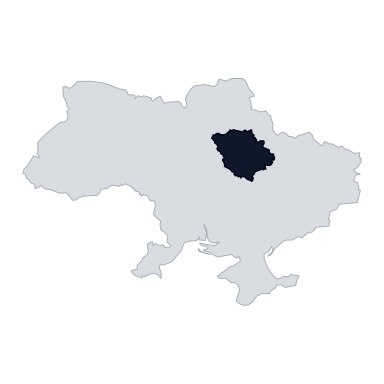 Ukraine, with Poltava highlighted
{"feature_id": "UKR-330", "entity_name": "Poltava", "entity_type": "Region", "adm_level": 1, "iso_a3": "UKR", "parent_name": "Ukraine", "parent_adm1": "", "projection": "albers", "projection_center": [33.89, 49.646], "detail": "fine", "context": "in_parent", "style": "filled", "palette": "ink", "viewbox_px": 384, "rotation_deg": 0, "n_neighbors": 0, "source": "natural_earth", "source_scale": "10m", "svg_char_len": 9059}
<svg xmlns="http://www.w3.org/2000/svg" viewBox="0 0 384 384"><path d="M267.8,268.0L272.6,275.1L276.7,278.8L278.7,278.9L284.2,276.2L287.8,276.9L290.9,274.5L299.1,275.9L296.7,280.6L295.7,285.4L285.2,287.4L281.2,284.8L277.1,285.0L274.9,288.4L270.8,290.8L269.5,293.5L261.9,293.5L256.9,296.0L253.1,301.2L248.9,304.5L245.5,305.5L240.3,304.2L236.1,300.8L239.5,290.7L238.3,285.3L235.1,282.7L230.9,282.5L225.6,278.1L219.4,278.5L217.3,276.3L230.2,266.7L232.9,266.2L240.6,261.1L239.2,256.8L236.0,257.9L231.5,254.5L217.1,257.0L208.4,251.7L204.4,251.0L203.4,249.8L207.6,248.7L208.0,246.9L202.3,245.5L199.2,243.1L215.0,245.8L219.3,241.8L214.9,243.2L210.5,242.2L208.9,240.8L207.0,236.7L207.1,231.1L205.2,226.1L203.7,224.4L206.5,232.7L205.5,240.5L198.8,239.9L199.6,236.7L196.3,240.9L191.1,240.8L184.3,242.6L181.2,250.6L172.0,261.6L163.9,265.0L161.2,264.2L160.0,265.1L159.3,268.6L160.5,270.3L161.4,276.0L160.8,278.3L158.2,275.0L155.0,273.5L151.4,273.7L144.5,276.5L142.3,275.8L142.4,277.4L141.8,277.9L135.6,275.8L133.1,274.1L131.2,271.0L133.3,269.7L137.1,269.5L137.2,265.3L142.3,260.3L142.7,257.9L147.0,255.0L148.4,251.4L147.3,246.0L148.0,243.3L152.6,241.8L152.7,245.9L153.7,245.6L154.8,243.5L160.8,245.8L162.7,244.5L165.1,247.5L169.9,246.9L171.0,245.7L167.1,242.2L167.8,236.9L166.7,233.9L160.9,229.7L160.0,224.9L160.8,220.9L157.9,219.1L153.3,214.2L155.3,206.2L155.2,203.1L154.0,200.7L150.1,200.8L147.6,195.8L143.0,194.6L141.6,196.2L141.0,194.6L139.4,194.5L139.7,192.6L138.7,191.8L134.9,190.9L134.1,189.0L130.2,186.0L125.2,183.8L122.3,185.4L121.1,184.8L118.9,186.3L111.7,185.2L107.0,188.4L100.9,189.4L100.1,192.0L97.6,195.2L84.1,196.1L78.2,197.9L76.1,199.9L72.6,200.3L67.3,193.5L65.6,192.8L59.6,193.2L50.3,189.5L45.3,188.9L40.6,185.4L38.7,187.5L35.1,188.6L35.1,186.3L33.7,183.7L30.3,182.5L29.5,180.3L26.5,178.4L25.3,173.9L23.0,173.6L24.0,169.0L27.3,166.1L33.5,155.9L39.0,157.7L39.3,156.5L37.0,153.6L38.1,150.2L37.6,143.0L38.9,141.3L46.1,133.9L60.3,122.1L65.1,121.8L67.7,118.7L68.1,116.2L66.6,111.2L69.1,109.8L69.1,109.0L67.3,106.8L65.9,101.3L63.0,95.6L63.6,93.2L62.8,89.6L63.2,87.0L66.5,86.7L69.2,88.5L72.5,86.7L77.4,81.5L90.0,81.2L104.9,83.3L119.4,88.9L125.9,90.0L128.2,94.7L133.6,95.0L135.1,96.0L135.1,98.7L138.1,95.7L140.8,96.8L143.9,95.7L151.2,98.1L151.9,100.6L153.3,101.3L155.6,98.4L160.2,96.2L164.1,103.5L167.9,102.2L178.8,101.6L181.3,103.9L181.6,106.1L185.3,108.0L187.0,105.5L185.5,98.5L186.6,95.9L189.8,90.2L194.0,86.0L204.5,84.6L214.0,86.5L216.9,84.8L218.4,80.3L219.7,79.3L226.1,81.0L232.2,78.5L242.4,78.5L245.7,81.1L249.0,88.9L254.1,94.5L253.8,96.4L249.2,97.5L249.1,98.4L250.6,101.0L251.2,106.5L252.0,107.1L250.9,109.6L255.9,110.0L259.8,111.9L266.1,110.9L267.9,114.9L270.7,115.4L270.8,118.0L273.1,124.3L272.3,127.7L272.7,129.7L276.1,134.5L277.6,135.2L281.5,132.4L285.6,133.1L289.2,136.7L292.7,136.6L295.0,138.5L297.5,136.1L309.4,132.2L312.5,135.4L313.0,137.6L314.9,140.5L321.5,145.6L323.3,144.9L323.7,142.5L325.2,141.6L328.9,143.9L332.5,144.0L337.7,147.3L342.3,146.1L344.9,149.2L347.9,149.4L354.1,153.4L359.6,152.8L359.5,157.0L361.0,158.6L360.9,162.0L357.3,167.7L353.6,169.6L355.1,172.1L359.6,173.6L360.0,174.4L356.0,175.1L354.5,177.2L353.7,181.5L357.4,182.6L358.9,187.7L358.2,189.4L360.4,190.2L357.1,202.6L339.6,204.1L336.5,209.2L331.4,211.1L329.9,212.6L328.6,219.5L330.2,220.7L328.8,223.7L329.2,226.1L316.2,227.2L312.5,231.9L306.8,233.3L302.1,238.1L299.9,236.8L297.4,236.9L292.0,240.1L287.0,240.0L283.2,241.3L274.9,248.4L271.2,254.6L267.4,256.4L272.6,251.4L272.8,248.8L271.5,246.8L268.3,251.8L264.1,254.1L264.3,259.8L267.8,268.0ZM210.6,254.8L199.1,251.5L198.1,248.2L200.6,251.2L210.6,254.8Z" fill="#d9dde1" stroke="#a8b0b8" stroke-width="1"/><path d="M223.9,135.0L225.5,134.2L225.8,134.1L226.4,134.1L226.6,134.0L226.7,133.9L226.8,133.8L227.0,133.3L227.2,133.0L227.6,132.8L227.9,132.7L228.0,132.6L228.2,132.2L228.4,131.9L228.7,131.8L229.1,131.6L229.4,131.3L230.1,130.0L230.7,130.4L232.5,130.6L232.8,130.4L232.9,130.2L233.0,130.1L233.2,129.9L233.7,129.8L234.1,129.8L234.5,130.1L235.1,130.4L240.7,131.5L242.0,132.2L242.4,132.2L242.5,132.0L243.0,131.9L243.8,131.8L244.2,131.6L243.6,131.1L243.6,130.9L244.7,130.4L245.3,130.2L245.5,130.3L246.0,130.9L246.6,131.3L248.0,132.0L248.2,131.9L248.2,131.5L248.2,131.4L248.4,131.3L248.5,131.2L249.1,131.3L249.2,131.2L249.3,131.1L249.2,130.9L249.3,130.7L249.7,130.6L250.1,130.4L250.5,130.3L250.8,130.1L250.9,129.9L251.0,129.9L251.6,130.1L251.7,130.3L251.6,131.0L251.7,132.4L251.7,132.6L251.8,133.0L252.2,133.6L252.9,134.3L253.7,134.9L253.9,135.2L254.0,135.5L253.8,136.1L253.7,136.4L253.8,137.3L253.8,137.5L254.1,137.9L254.3,137.8L254.4,137.7L254.5,137.6L254.9,137.6L255.0,137.8L255.1,138.2L255.1,138.3L255.3,138.4L255.4,138.8L255.5,138.9L256.2,139.4L256.3,139.6L256.4,139.9L256.4,140.2L256.3,140.4L256.3,140.5L256.1,140.6L255.6,140.7L255.5,140.8L255.5,141.2L255.5,141.3L255.5,141.5L255.7,141.8L255.8,141.9L255.8,142.1L255.8,142.3L256.0,142.3L256.3,142.0L256.9,141.8L258.7,142.1L259.4,142.0L259.5,141.9L259.8,141.2L260.0,141.0L260.5,141.3L260.8,141.4L261.1,141.2L261.5,140.8L262.0,140.8L263.7,141.1L263.9,141.5L264.0,143.1L263.9,143.7L263.8,143.9L263.0,144.7L262.6,145.3L262.9,146.1L263.0,146.9L263.1,147.1L263.3,147.3L263.5,147.6L264.1,147.9L264.3,148.2L264.6,148.4L264.9,148.5L265.7,148.4L266.0,148.6L266.3,149.0L267.4,149.6L267.8,149.6L268.1,149.4L268.3,149.4L268.5,149.4L268.6,149.5L268.9,149.8L269.1,150.0L269.1,150.4L269.1,151.2L269.1,151.6L269.3,152.2L269.3,152.4L269.5,152.6L269.9,152.9L269.9,153.0L270.0,153.1L270.0,153.6L270.2,153.8L270.7,153.9L270.8,153.9L270.9,154.2L270.9,154.3L271.9,154.6L272.2,154.6L272.3,154.6L272.5,154.2L273.2,154.1L273.4,154.1L273.5,154.2L273.5,154.3L273.5,154.7L273.3,154.9L273.3,155.1L273.4,155.5L274.3,157.0L274.4,157.4L274.5,157.7L274.3,157.8L273.9,157.8L273.1,157.9L272.9,158.0L273.0,158.3L273.4,158.4L273.7,158.8L274.1,159.0L274.3,159.2L274.4,159.4L274.3,159.6L274.2,159.6L273.8,159.6L273.6,160.0L272.4,159.7L272.2,159.7L271.7,159.9L271.6,160.2L271.5,160.6L271.8,161.2L271.9,161.3L272.3,161.5L272.2,161.9L272.2,162.0L272.4,162.3L272.5,162.4L272.4,162.5L272.0,163.2L271.5,164.0L271.0,164.6L270.7,164.8L269.7,165.4L269.3,165.4L267.5,165.3L267.2,165.2L266.9,165.0L266.8,164.8L266.6,164.7L266.4,164.7L266.2,164.8L265.3,165.8L265.1,166.1L265.0,166.4L264.9,166.6L264.9,166.8L265.0,167.0L265.3,167.6L265.6,168.4L265.6,168.8L265.6,169.0L265.0,168.8L264.8,168.7L264.5,168.6L264.2,168.7L264.1,168.9L263.9,169.4L263.8,169.6L263.6,169.7L263.4,169.7L263.2,169.6L263.2,169.3L263.4,169.1L263.3,168.9L262.8,168.7L262.7,168.7L262.3,168.9L261.8,168.9L261.4,169.1L261.0,169.5L260.7,169.7L259.2,170.2L258.6,170.3L255.2,171.8L255.0,171.7L254.8,171.8L254.7,171.9L254.8,172.3L254.7,172.5L254.5,172.9L254.2,173.1L253.7,173.5L253.6,173.8L254.1,174.0L253.9,174.4L253.6,174.4L253.3,174.5L253.0,174.8L252.8,175.0L252.6,175.8L252.4,176.2L252.3,176.4L252.3,176.8L252.3,177.1L253.0,177.7L253.1,178.0L253.1,178.5L253.0,178.8L252.8,178.9L252.4,179.3L252.4,179.7L252.4,179.8L252.7,180.1L252.7,180.3L252.6,180.5L252.2,180.8L251.7,181.2L251.4,181.2L250.8,180.4L250.2,180.1L249.2,180.0L248.9,179.8L248.5,179.5L248.1,179.5L247.9,179.5L245.8,178.0L245.7,177.8L245.3,177.2L245.2,177.1L244.9,176.9L244.5,176.8L243.9,176.8L243.6,176.7L243.0,176.2L242.4,176.3L242.3,176.5L242.1,176.5L241.7,176.6L241.4,176.7L241.4,176.9L241.2,177.5L240.9,177.7L240.8,177.3L240.6,176.8L240.3,176.5L239.6,176.2L239.4,176.2L239.1,176.6L238.9,176.7L238.7,176.8L238.6,176.7L238.4,176.5L238.3,176.4L237.4,176.0L237.0,175.6L236.4,175.4L236.1,175.3L235.9,175.3L235.8,175.6L235.6,175.7L235.3,175.4L235.0,175.2L234.5,174.5L234.1,174.2L234.3,173.9L234.4,173.7L234.4,173.2L234.8,173.1L234.9,172.8L234.8,172.7L234.2,172.5L234.2,172.4L234.1,172.1L232.3,171.9L232.1,171.7L231.9,171.4L231.7,171.0L231.3,170.3L229.2,168.7L224.6,166.4L224.7,165.0L224.7,164.5L224.6,164.3L223.9,162.2L223.0,160.9L222.8,160.7L222.6,160.3L222.6,160.2L223.3,158.8L223.5,158.6L223.9,158.4L224.1,158.2L224.2,157.5L224.0,156.9L223.9,156.7L223.4,156.3L223.3,156.1L223.2,155.8L223.1,154.9L223.1,154.7L221.0,153.8L220.8,153.6L220.7,153.4L220.7,152.6L220.7,152.1L220.6,151.9L220.0,151.4L219.9,151.4L219.7,151.4L219.5,151.5L219.2,151.0L218.9,150.7L218.7,150.7L218.4,150.8L218.2,150.7L217.8,150.2L217.2,149.0L217.0,148.5L217.1,148.3L217.3,148.3L217.6,148.4L217.8,148.3L217.8,148.2L217.8,147.4L218.0,146.5L218.0,146.1L218.0,145.9L217.9,145.8L217.4,145.5L216.5,143.6L216.3,143.6L216.0,143.7L215.8,143.7L215.4,143.5L215.1,143.3L214.7,141.9L214.7,141.7L215.4,141.4L215.5,141.3L215.5,141.2L215.5,140.9L215.5,140.6L215.3,140.5L215.2,140.5L214.6,140.9L214.4,140.8L214.0,140.3L213.7,140.1L213.4,140.1L213.1,139.8L213.0,139.4L212.6,138.8L212.5,138.5L212.3,138.3L211.9,138.2L212.4,137.4L212.5,137.3L212.3,136.9L212.7,136.3L213.2,135.0L214.3,135.1L214.6,135.3L214.9,135.2L215.1,135.1L215.3,134.9L215.7,134.3L215.9,134.0L217.1,133.5L217.6,133.5L218.0,133.9L218.1,134.0L218.2,133.9L218.8,133.5L219.2,133.5L219.4,133.6L219.5,133.7L219.7,134.4L219.8,134.6L220.3,134.7L222.1,134.9L222.8,134.7L223.0,134.7L223.1,134.8L223.2,135.0L223.3,135.0L223.9,135.0Z" fill="#0f172a" stroke="#020617" stroke-width="1.5"/></svg>